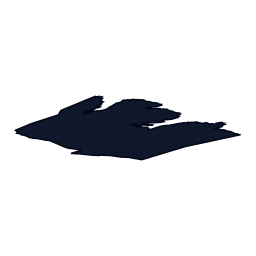 Båtsfjord nor, Finnmark, Norway
{"feature_id": "86288312B97693798592449", "entity_name": "Båtsfjord nor", "entity_type": "district", "adm_level": 2, "iso_a3": "NOR", "parent_name": "Norway", "parent_adm1": "Finnmark", "projection": "equal_earth", "projection_center": [30.184, 70.514], "detail": "fine", "context": "isolated", "style": "filled", "palette": "ink", "viewbox_px": 256, "rotation_deg": 0, "n_neighbors": 0, "source": "geoboundaries", "source_scale": "gbopen_adm2", "svg_char_len": 5764}
<svg xmlns="http://www.w3.org/2000/svg" viewBox="0 0 256 256"><path d="M141.8,159.7L185.1,146.6L240.6,134.7L238.0,134.4L237.8,134.4L238.0,134.2L237.3,133.9L237.6,133.8L235.0,133.7L233.6,133.5L233.4,133.4L233.3,133.1L233.6,133.1L233.2,132.8L233.3,132.6L231.7,132.3L231.2,132.1L231.3,131.9L230.0,131.4L227.5,131.2L227.0,131.0L227.2,130.9L226.7,131.0L226.2,130.7L224.2,131.1L223.6,130.5L224.4,130.3L224.0,130.3L224.2,130.1L222.5,130.2L221.8,129.9L221.5,129.8L221.7,129.7L221.0,129.6L217.8,129.4L216.2,128.3L215.0,128.7L215.3,128.8L215.0,129.4L214.6,129.2L214.8,128.9L214.5,128.8L214.6,128.6L214.2,128.5L215.5,128.2L218.1,128.1L218.3,127.8L219.7,127.6L219.8,127.5L218.8,127.4L218.7,127.1L222.0,126.7L222.1,126.2L221.9,126.2L222.1,126.1L222.0,125.9L222.4,125.6L222.1,125.6L221.8,125.2L221.4,124.8L220.4,124.4L220.6,124.2L221.1,124.1L223.5,124.1L223.2,124.2L223.9,124.5L224.7,124.4L224.3,124.2L224.5,124.2L224.4,124.1L223.9,124.1L224.1,124.0L223.9,123.7L224.1,123.7L223.9,123.6L224.2,123.4L223.3,123.4L223.1,123.3L223.3,123.2L223.0,123.0L222.9,122.9L223.2,122.8L222.5,122.7L222.1,122.6L222.4,122.5L221.6,122.4L219.7,122.5L219.1,122.8L217.0,123.1L217.8,123.7L217.7,123.8L213.9,124.1L213.1,124.0L213.0,123.8L209.3,123.9L207.7,123.4L207.9,123.3L207.7,123.2L207.9,123.2L207.7,123.2L207.9,123.1L207.6,123.1L207.9,123.1L207.4,123.0L207.7,122.9L206.4,122.9L206.7,122.8L205.4,122.7L205.2,122.8L205.6,122.8L205.2,122.9L205.5,123.0L205.1,123.2L203.2,123.4L201.4,123.3L200.0,122.9L198.8,123.0L197.3,122.6L197.1,122.4L197.8,122.2L197.4,122.0L195.3,122.0L194.4,122.4L191.7,122.3L190.1,123.0L189.0,122.8L188.9,122.5L189.1,122.4L187.1,122.3L187.4,122.4L186.6,122.8L182.9,122.8L182.3,122.9L182.2,123.2L182.0,123.3L181.1,123.4L180.6,123.3L178.2,123.6L168.9,125.4L165.4,125.5L160.5,126.3L151.0,129.3L149.5,129.2L148.4,128.8L147.9,128.4L148.2,128.1L147.9,127.6L146.9,127.3L142.3,127.2L141.4,126.7L136.5,126.5L136.0,126.2L135.9,125.7L134.6,125.1L133.4,125.2L132.8,125.4L132.1,125.1L132.5,124.9L132.3,124.9L132.8,124.9L132.4,124.6L130.3,124.6L132.1,124.1L134.6,124.1L134.4,124.2L135.4,124.3L135.2,124.4L135.5,124.5L135.7,124.9L138.4,125.7L140.1,125.3L142.2,125.2L142.8,125.0L146.2,125.1L147.9,125.6L149.3,125.2L152.5,125.2L152.8,125.2L152.5,125.1L152.7,124.9L151.9,124.8L149.2,124.6L148.8,124.3L147.6,124.2L145.3,124.2L143.5,123.8L143.4,123.6L143.8,123.3L142.7,122.9L143.3,122.7L142.9,122.7L142.7,122.6L153.4,122.8L161.8,122.2L162.1,121.8L163.7,121.7L163.2,121.4L163.5,121.2L162.4,121.0L162.5,120.8L162.1,120.7L163.2,120.4L163.1,120.2L164.3,119.6L166.6,119.7L171.9,119.2L173.4,118.7L173.1,118.7L173.6,118.6L173.1,118.4L173.5,118.0L176.7,117.7L176.3,117.5L176.7,117.4L176.3,117.4L176.3,117.2L177.6,116.9L177.3,116.9L177.7,116.8L177.6,116.7L178.2,116.7L178.5,116.6L178.5,116.4L178.7,116.2L178.3,116.1L178.6,116.1L178.3,115.9L178.5,115.9L178.2,115.6L178.5,115.6L178.3,115.4L178.6,115.1L178.3,115.0L178.3,114.7L179.6,114.4L180.2,114.1L179.9,114.0L180.3,113.9L179.8,113.9L180.1,113.8L179.9,113.6L180.0,113.4L179.3,113.3L179.4,113.2L177.8,112.8L176.7,113.0L176.3,112.7L175.2,112.5L173.5,111.9L172.9,111.3L171.5,111.2L168.4,110.3L167.9,109.7L167.1,109.3L164.3,109.1L161.7,109.1L158.4,108.4L149.1,108.6L146.8,108.3L146.6,107.9L146.8,107.7L150.4,107.3L152.5,106.8L155.0,106.7L158.6,106.1L159.4,105.7L160.8,105.4L160.5,105.2L162.2,104.4L159.9,104.3L158.6,103.9L158.5,103.5L157.5,103.4L156.9,103.0L152.6,102.6L149.2,101.6L147.1,101.5L145.5,101.2L144.7,100.9L144.9,100.7L144.0,100.1L142.9,99.8L141.1,99.9L139.5,99.9L138.8,99.6L136.7,99.7L135.9,99.5L135.4,99.8L132.8,99.3L132.0,99.6L132.3,99.8L132.1,99.9L130.8,99.8L129.2,100.0L127.9,99.7L126.9,99.8L126.8,100.0L127.1,100.2L125.9,100.3L124.9,100.3L124.6,100.0L124.2,100.1L124.4,100.2L124.2,100.3L122.6,100.3L122.8,100.4L122.8,100.5L122.1,100.7L122.6,100.8L122.4,100.9L122.5,101.0L121.8,101.4L121.7,101.7L118.5,102.9L117.4,102.9L116.2,103.3L116.3,103.5L115.2,103.9L114.7,104.5L113.7,104.7L113.5,105.1L110.7,106.5L110.8,106.5L110.6,106.6L110.6,106.8L109.1,107.3L108.6,107.9L105.3,109.7L103.6,110.0L102.2,110.5L101.1,110.4L100.9,110.5L101.2,110.7L100.7,110.8L96.8,110.9L93.1,111.4L88.2,112.7L85.3,112.7L84.7,112.9L84.8,113.1L84.6,113.2L84.8,113.3L84.6,113.4L83.3,113.2L84.1,112.8L84.4,112.8L84.2,112.8L85.1,112.8L84.7,112.5L84.7,112.4L86.7,112.1L86.9,111.8L86.2,111.9L86.5,111.7L85.9,111.6L86.7,111.3L86.3,111.2L88.0,111.2L87.4,111.4L88.3,111.8L88.8,111.7L89.3,111.5L89.4,111.3L89.2,111.2L90.9,110.9L91.3,110.5L91.8,110.4L89.1,110.9L89.4,110.6L91.1,110.3L90.3,110.3L90.8,109.9L92.6,110.3L93.2,109.9L92.9,109.9L93.2,109.7L92.8,109.5L93.2,109.4L93.4,109.2L93.5,109.0L94.8,108.7L96.3,108.0L99.7,107.3L100.1,107.0L97.4,106.9L97.2,106.7L98.7,106.2L99.0,105.7L99.7,105.3L100.9,105.0L100.6,105.0L100.8,104.9L100.6,104.8L100.7,104.7L100.1,104.5L100.9,104.0L100.5,103.9L100.9,103.5L102.1,103.2L101.4,103.1L101.9,102.8L102.0,102.4L102.9,102.1L103.2,101.8L102.1,101.7L100.5,101.2L100.2,100.8L101.0,100.4L100.8,100.3L101.0,100.2L100.9,100.1L101.1,100.0L100.9,100.0L101.2,99.9L100.9,99.9L101.2,99.8L100.9,99.8L101.4,99.5L100.9,99.3L101.1,99.1L100.9,99.1L101.1,99.0L100.9,98.8L101.1,98.8L100.9,98.8L101.4,98.6L100.8,98.5L100.9,98.4L100.7,98.4L100.9,98.3L100.7,98.1L100.9,98.1L100.7,98.1L101.1,98.0L100.9,97.9L101.3,97.7L101.6,97.5L101.4,97.5L101.7,97.4L101.4,97.4L102.0,97.0L101.3,97.1L101.1,97.0L101.2,96.9L100.7,97.0L99.7,96.8L99.4,96.6L99.8,96.4L99.3,96.5L99.3,96.3L97.2,96.8L95.7,96.7L95.5,96.4L95.0,96.4L61.0,110.4L58.3,114.9L30.9,123.8L15.4,130.3L17.7,132.0L16.6,133.2L19.8,133.8L20.9,134.6L25.5,135.7L29.7,137.6L34.5,138.4L36.1,138.3L45.9,140.2L49.7,140.6L65.4,147.3L68.4,148.2L81.7,149.9L78.9,151.0L70.9,153.4L79.8,153.9L91.5,155.1L98.7,155.5L101.0,155.2L110.2,155.5L120.6,157.0L128.8,157.4L141.8,159.7Z" fill="#0f172a" stroke="#020617" stroke-width="1.5"/></svg>